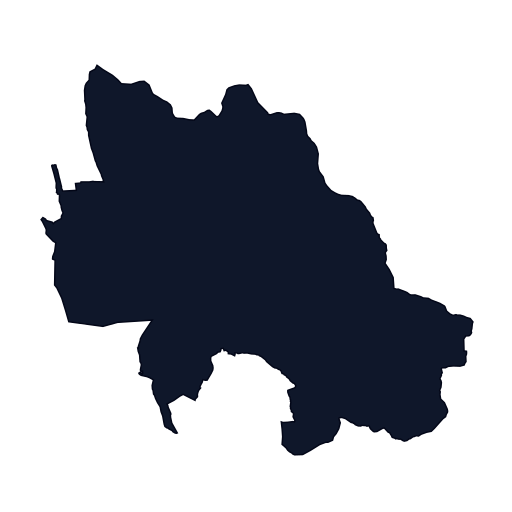 Barcani, Covasna, Romania, rotated 356°
{"feature_id": "2599482B23843789943329", "entity_name": "Barcani", "entity_type": "district", "adm_level": 2, "iso_a3": "ROU", "parent_name": "Romania", "parent_adm1": "Covasna", "projection": "albers", "projection_center": [26.11, 45.703], "detail": "fine", "context": "isolated", "style": "filled", "palette": "ink", "viewbox_px": 512, "rotation_deg": 356, "n_neighbors": 0, "source": "geoboundaries", "source_scale": "gbopen_adm2", "svg_char_len": 6056}
<svg xmlns="http://www.w3.org/2000/svg" viewBox="0 0 512 512"><g transform="rotate(356 256 256)"><path d="M151.8,409.1L152.7,417.3L153.3,419.7L155.4,421.4L156.5,421.5L156.9,422.3L160.2,424.3L160.8,425.4L162.9,426.9L164.2,427.3L165.1,427.0L160.3,416.8L159.5,411.1L159.5,408.9L160.0,407.8L159.9,406.8L157.8,400.9L157.5,398.7L156.8,397.4L164.1,394.2L170.1,390.5L173.7,388.9L185.1,395.7L185.3,394.7L187.8,392.3L187.9,389.7L188.8,387.2L189.6,385.8L191.4,383.9L190.8,383.6L191.1,382.1L193.1,378.6L193.3,378.6L194.4,375.6L196.7,376.4L198.6,376.4L203.0,370.0L204.9,366.7L205.3,364.7L205.2,362.4L203.5,357.6L203.6,354.8L204.1,353.0L209.9,350.5L210.6,349.8L210.7,349.3L213.5,349.0L214.3,347.5L214.5,346.2L215.5,345.8L217.0,345.9L217.6,348.2L219.3,347.9L221.6,349.6L221.6,351.5L224.4,352.0L227.7,354.0L228.2,352.7L228.3,351.1L230.4,351.4L231.1,352.0L232.1,352.1L235.7,351.5L237.2,352.0L240.5,352.1L244.6,353.3L248.5,353.8L250.2,354.7L250.8,354.5L252.1,355.1L252.4,355.7L254.1,356.5L258.2,360.2L259.4,362.3L260.2,362.6L260.3,363.1L264.9,367.6L267.1,369.0L268.3,369.1L269.5,369.7L270.4,370.6L271.7,371.0L272.9,372.2L273.8,375.0L275.4,375.5L275.8,376.4L277.4,377.3L277.9,377.9L278.1,378.7L280.5,380.8L281.5,382.8L284.2,385.4L285.2,385.6L285.8,386.5L286.6,388.0L286.3,389.3L285.3,390.3L278.5,392.2L278.3,392.6L278.3,394.3L279.3,397.9L280.2,399.6L280.1,401.1L280.5,402.2L280.2,403.3L280.6,404.3L279.7,408.4L280.0,409.8L279.8,410.6L280.5,412.1L280.5,413.7L281.9,414.8L282.5,416.0L281.8,419.0L283.3,422.6L283.2,423.6L282.8,424.2L281.2,423.8L276.0,424.1L271.3,424.0L269.7,423.3L270.0,430.5L270.0,438.1L268.9,445.7L272.7,449.5L274.1,451.9L275.9,453.7L277.9,454.9L278.8,456.0L280.6,457.0L288.7,457.3L296.8,453.6L306.4,448.5L312.4,446.7L314.8,446.8L319.5,445.1L320.7,441.7L323.5,438.8L326.5,434.1L328.4,428.3L327.3,424.0L327.8,423.2L330.3,423.0L333.9,424.4L338.8,428.3L339.5,428.8L340.2,428.4L340.8,428.6L341.3,429.7L342.8,430.0L342.8,430.6L343.3,431.2L346.1,432.6L348.8,432.9L349.1,432.4L349.9,432.3L354.0,432.9L354.8,433.5L356.8,433.1L358.1,436.3L360.6,439.0L361.6,439.6L364.4,439.5L370.3,436.7L372.0,436.5L375.6,441.0L377.0,441.6L378.8,445.0L379.0,446.0L379.5,446.5L382.0,447.5L382.5,448.1L383.8,448.0L385.9,448.7L387.4,448.7L390.0,450.6L391.1,451.0L393.7,450.6L395.9,449.2L397.2,449.0L399.9,447.3L401.4,447.1L403.2,446.4L405.6,446.9L408.3,445.3L413.9,443.7L418.6,443.1L421.8,440.4L431.0,431.4L433.9,429.5L434.7,427.3L436.1,425.2L436.3,424.1L436.1,422.2L433.7,415.5L430.2,411.6L429.8,407.0L430.3,404.3L429.8,402.8L431.3,399.9L432.1,395.3L431.8,393.3L431.0,391.7L430.9,391.1L432.6,388.1L432.6,386.7L433.6,385.5L432.9,381.2L434.0,380.5L437.2,380.7L440.1,379.5L445.2,379.4L451.9,380.1L456.1,379.2L456.6,377.9L458.1,376.0L458.2,370.7L459.1,368.6L459.3,367.0L459.3,365.7L456.9,365.2L457.4,353.3L459.7,350.4L462.7,350.4L463.6,350.1L464.9,348.8L465.7,347.5L465.4,345.8L466.2,343.6L467.1,338.5L467.8,336.9L465.3,333.3L461.8,332.1L458.9,330.5L455.3,329.2L452.8,329.1L451.4,328.5L448.4,329.0L445.5,327.4L442.3,324.3L440.9,319.7L440.4,319.0L436.1,316.1L427.9,312.3L425.0,310.3L419.8,309.5L417.7,308.2L412.2,306.0L407.8,305.7L406.6,305.2L404.1,303.0L402.4,302.1L395.5,298.9L394.1,299.0L391.3,298.0L391.3,287.0L387.9,278.8L384.1,272.2L385.6,268.7L385.7,265.0L385.2,262.4L385.4,261.1L386.8,259.6L386.5,257.2L386.6,254.2L385.9,253.0L384.4,252.1L381.5,248.7L381.3,247.8L380.2,246.3L380.3,243.3L378.9,242.7L378.1,241.6L374.9,231.6L375.0,229.6L375.5,229.1L375.5,228.0L375.3,225.9L374.4,225.4L373.3,223.9L372.6,222.4L372.4,221.3L369.2,216.9L368.4,214.7L364.4,209.1L363.0,207.9L361.0,207.4L358.4,204.9L356.3,203.9L356.5,203.5L352.6,202.3L345.4,201.5L342.0,200.2L339.0,198.5L335.3,195.9L331.5,191.0L329.8,188.1L328.5,181.7L325.0,176.3L324.3,173.7L323.8,168.1L325.2,158.5L323.9,151.6L321.8,147.7L319.0,144.9L318.1,142.8L315.9,140.3L315.0,137.7L315.0,134.6L314.1,125.8L313.2,123.0L312.4,121.6L309.3,117.8L304.1,116.4L293.8,116.7L291.0,115.2L288.9,114.7L286.8,114.6L280.3,116.2L278.0,115.5L277.5,113.9L268.4,103.2L263.0,88.9L260.0,84.5L257.9,85.1L251.3,84.3L246.5,84.8L240.7,86.4L238.7,88.1L237.1,92.8L232.6,101.1L233.5,104.8L233.1,106.7L232.2,109.1L229.0,113.5L227.7,114.3L226.1,114.2L221.2,108.8L219.5,107.3L217.7,107.5L214.6,109.2L211.3,109.9L209.5,110.9L203.9,116.1L199.0,115.5L192.9,113.8L186.8,113.1L184.5,111.9L182.7,108.4L182.4,106.9L182.4,102.5L181.1,99.3L177.8,96.2L174.0,94.2L168.8,90.2L164.9,87.7L163.8,86.0L161.2,78.0L156.6,73.9L152.0,73.9L143.5,76.1L133.7,74.8L130.6,70.9L125.4,65.8L116.3,59.4L110.7,54.7L108.6,58.4L103.3,60.7L102.5,63.2L101.9,68.9L98.8,71.9L97.5,74.3L96.5,78.8L96.3,87.9L96.0,89.3L96.8,92.7L96.9,96.1L96.2,102.2L97.2,104.8L97.3,105.7L95.9,113.9L96.5,115.8L96.6,118.1L97.7,120.5L97.5,124.0L99.4,137.1L100.8,141.7L102.4,149.8L103.1,151.3L103.9,154.9L107.4,163.6L107.6,165.2L109.1,169.6L108.8,170.5L109.2,171.4L100.1,170.6L98.5,170.2L94.8,170.5L86.6,169.9L86.2,171.0L81.0,171.1L81.4,178.0L67.8,177.8L66.6,174.7L66.8,173.5L65.4,165.3L65.0,165.1L65.1,163.9L63.9,156.1L63.1,154.3L62.7,151.3L61.8,151.0L59.8,151.4L59.1,151.1L58.6,151.5L58.6,152.3L60.2,159.7L61.9,169.3L61.4,173.6L61.4,174.4L61.9,175.3L61.6,178.1L61.4,178.5L62.2,179.1L62.1,179.9L62.4,180.4L63.9,180.6L64.2,181.8L63.6,187.6L65.2,192.3L65.1,193.6L65.7,197.0L66.6,199.6L64.7,202.6L64.4,205.1L57.5,208.2L56.0,209.6L55.0,208.0L49.9,206.2L49.0,205.4L48.6,204.5L46.1,202.8L44.2,204.7L45.4,206.7L48.5,214.3L48.6,215.9L48.1,218.5L48.3,219.4L54.6,227.0L57.2,228.8L55.5,237.6L53.3,242.2L52.9,244.3L52.9,244.9L55.3,246.1L53.1,270.9L55.2,274.0L59.3,284.4L62.3,297.2L64.7,308.5L98.4,315.5L113.2,312.5L148.1,312.7L137.1,327.0L134.9,330.6L134.5,332.6L132.3,338.1L132.3,339.6L131.6,339.5L131.9,342.9L133.0,346.6L133.0,353.5L133.6,354.1L134.1,356.5L132.8,361.3L132.9,362.7L133.5,363.4L134.4,362.7L134.8,362.9L134.5,363.7L134.9,364.3L134.8,365.3L134.4,365.8L132.0,364.1L131.0,364.7L131.5,365.8L133.1,367.0L138.8,368.7L141.3,369.9L145.1,372.4L143.4,377.9L143.4,381.5L144.0,382.9L144.2,386.6L145.1,387.9L145.9,391.1L147.6,395.4L149.9,399.7L150.5,404.8L151.8,409.1Z" fill="#0f172a" stroke="#020617" stroke-width="1.5"/></g></svg>